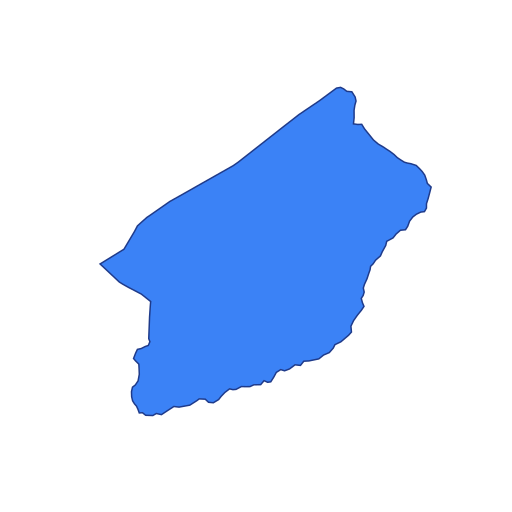 Canapi, Alagoas, Brazil (Natural Earth projection), rotated 20°
{"feature_id": "56859067B46648773088158", "entity_name": "Canapi", "entity_type": "district", "adm_level": 2, "iso_a3": "BRA", "parent_name": "Brazil", "parent_adm1": "Alagoas", "projection": "natural_earth1", "projection_center": [-37.509, -9.127], "detail": "fine", "context": "isolated", "style": "filled", "palette": "blue", "viewbox_px": 512, "rotation_deg": 20, "n_neighbors": 0, "source": "geoboundaries", "source_scale": "gbopen_adm2", "svg_char_len": 2098}
<svg xmlns="http://www.w3.org/2000/svg" viewBox="0 0 512 512"><g transform="rotate(20 256 256)"><path d="M274.2,70.7L262.5,88.4L253.5,100.8L248.0,108.4L236.8,126.3L219.5,154.1L207.2,173.9L203.7,178.9L177.2,209.9L170.5,217.8L156.4,234.2L142.5,254.0L140.3,257.0L137.1,262.9L134.3,268.2L133.4,274.7L129.6,294.8L112.2,316.8L127.1,323.2L131.8,325.2L136.4,327.2L140.7,328.1L146.9,329.1L161.3,331.0L172.6,334.8L173.7,338.9L175.8,346.1L176.8,349.6L183.5,370.4L185.6,372.8L185.4,376.9L182.9,378.9L179.8,382.2L176.5,384.3L176.1,388.4L176.0,394.2L178.8,395.8L182.9,397.7L184.6,401.7L186.8,407.1L187.9,413.7L186.7,418.5L184.8,421.5L185.4,426.1L187.3,430.8L189.6,434.3L192.4,436.5L195.0,437.9L197.4,440.3L200.0,443.4L202.9,442.1L206.8,443.4L213.6,441.2L216.2,438.1L221.4,437.4L226.0,431.2L230.3,425.5L235.4,424.3L244.8,418.8L249.8,412.3L251.5,409.7L257.3,407.9L261.4,409.7L266.1,408.5L270.0,403.7L271.2,399.9L273.4,394.9L276.6,389.9L280.0,389.5L282.8,388.2L286.9,383.7L291.3,382.2L295.0,380.8L298.0,377.8L304.4,375.3L306.2,370.4L310.1,370.7L312.9,369.2L314.1,363.8L314.9,358.4L318.1,354.3L322.1,354.1L326.1,350.7L329.9,344.9L335.2,343.6L336.9,338.5L341.6,336.5L350.2,331.2L353.4,325.9L357.9,321.7L360.1,316.1L360.5,312.3L365.1,307.6L370.1,298.8L371.7,294.8L369.2,289.5L369.8,283.3L371.5,277.0L373.6,270.9L374.7,266.4L372.0,263.5L369.4,259.8L370.2,256.5L370.0,252.9L367.8,249.4L367.6,245.6L368.1,239.4L367.9,233.5L367.9,230.0L367.2,226.5L368.7,223.4L369.8,219.0L372.9,213.4L373.2,208.8L374.3,201.7L373.8,197.5L378.6,192.1L380.1,187.5L382.9,182.4L387.5,180.2L388.4,176.2L388.4,170.7L390.0,165.7L392.4,161.9L395.8,158.4L399.1,156.7L399.8,152.7L398.3,148.5L398.1,143.1L397.5,136.5L397.0,131.3L392.2,129.2L390.0,126.1L386.9,122.3L383.3,119.8L380.0,118.1L375.6,116.1L369.9,116.3L366.5,116.9L363.3,117.1L359.0,116.2L355.0,115.2L351.0,113.4L345.8,111.8L342.2,111.0L338.7,110.1L332.6,109.0L326.7,106.8L314.6,99.5L310.3,96.1L306.6,97.6L302.4,98.5L300.9,92.5L298.3,85.5L297.3,80.4L297.0,76.2L294.8,72.7L289.9,68.9L285.0,70.2L281.3,69.0L277.8,68.6L274.2,70.7Z" fill="#3b82f6" stroke="#1e3a8a" stroke-width="1.5"/></g></svg>